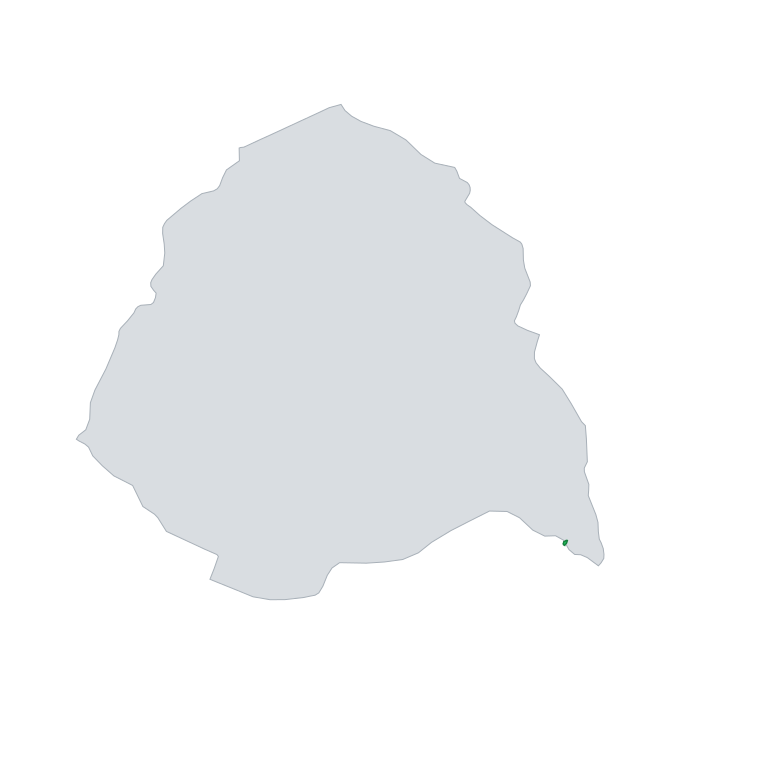 location of Victoria Falls, Matabeleland North, Zimbabwe, rotated 201°
{"feature_id": "62879985B6381696170590", "entity_name": "Victoria Falls", "entity_type": "district", "adm_level": 2, "iso_a3": "ZWE", "parent_name": "Zimbabwe", "parent_adm1": "Matabeleland North", "projection": "albers", "projection_center": [25.828, -17.932], "detail": "fine", "context": "in_parent", "style": "filled", "palette": "green", "viewbox_px": 768, "rotation_deg": 201, "n_neighbors": 0, "source": "geoboundaries", "source_scale": "gbopen_adm2", "svg_char_len": 2561}
<svg xmlns="http://www.w3.org/2000/svg" viewBox="0 0 768 768"><g transform="rotate(201 384 384)"><path d="M524.3,629.6L518.4,625.3L510.1,622.4L499.6,620.9L485.9,621.0L468.9,622.8L450.9,619.7L431.7,611.5L415.7,608.4L396.4,611.4L395.6,611.5L392.3,608.8L387.2,603.0L378.4,601.9L376.0,600.5L374.1,598.4L372.9,595.7L372.4,592.7L374.0,583.5L373.3,582.4L370.9,581.2L366.2,580.0L354.7,575.6L340.2,571.4L316.6,566.6L307.5,565.3L305.4,563.9L302.7,560.4L298.3,549.7L294.1,542.6L284.1,531.6L282.5,528.2L283.1,519.6L283.9,512.6L285.0,506.7L284.6,501.2L284.5,494.3L284.9,489.7L283.5,487.7L279.8,486.2L269.3,485.5L256.5,485.7L256.1,478.7L255.0,467.8L252.7,461.6L249.7,458.3L243.9,454.9L232.0,450.2L215.8,443.1L202.0,432.6L186.1,419.6L181.1,417.3L175.3,405.1L166.3,384.3L166.9,377.3L165.5,373.9L156.8,363.7L154.9,358.3L153.3,353.0L139.4,338.0L134.6,331.4L131.0,323.0L127.4,316.3L124.4,313.6L120.4,309.0L117.6,303.8L116.3,299.9L117.3,294.7L118.7,291.1L132.0,294.8L139.2,295.1L144.9,293.2L152.0,295.7L160.3,302.5L169.5,303.8L179.4,299.6L192.7,300.9L209.5,307.7L223.4,309.1L240.0,303.2L255.0,286.7L269.0,271.1L282.9,253.2L291.4,238.7L303.6,226.9L319.8,218.0L336.3,210.4L361.4,201.3L366.6,193.6L368.4,185.1L368.6,173.3L370.0,165.6L372.7,162.1L376.9,159.5L382.3,156.0L399.0,147.3L413.0,141.8L430.0,138.4L448.5,138.8L466.3,139.1L476.5,139.3L476.4,150.7L476.8,163.6L478.8,164.9L492.1,165.5L513.6,167.0L534.3,168.4L547.2,178.1L551.6,180.2L565.2,183.2L582.3,199.2L603.3,201.4L617.6,206.7L630.1,212.5L637.2,219.2L641.9,220.8L648.3,221.5L651.4,222.2L650.6,226.8L646.0,234.4L646.1,245.6L651.4,261.3L651.7,274.8L649.0,298.4L648.2,321.4L648.5,329.6L649.2,335.1L650.3,338.1L650.0,341.5L646.1,351.0L642.9,361.0L642.7,365.0L641.5,367.9L639.3,370.3L630.1,374.7L628.4,377.5L628.3,382.7L629.3,387.2L632.6,388.9L636.6,391.6L638.1,395.0L638.0,398.4L636.4,404.8L632.4,415.3L635.6,427.7L639.3,435.8L644.6,445.2L646.7,451.0L646.4,455.1L645.4,459.0L636.4,475.4L630.0,485.6L622.2,496.5L612.3,503.2L609.6,506.5L608.5,510.3L608.6,518.7L607.8,527.4L599.0,540.6L603.8,552.4L602.6,553.4L599.7,554.9L587.4,567.6L574.9,580.3L565.8,589.7L555.5,600.3L543.9,612.2L534.1,622.4L524.3,629.6Z" fill="#d9dde1" stroke="#a8b0b8" stroke-width="1"/><path d="M159.2,301.7L159.4,301.6L159.6,301.3L159.6,300.7L159.5,300.4L159.4,300.0L159.5,299.2L159.3,298.9L158.8,298.3L158.5,298.2L157.4,298.1L157.4,298.6L157.2,299.4L157.1,299.6L156.6,300.6L156.6,301.3L156.7,303.4L156.7,303.8L156.7,304.1L156.9,303.7L157.5,303.4L158.0,303.1L158.2,302.8L158.5,302.2L159.2,301.7Z" fill="#22c55e" stroke="#15803d" stroke-width="1.5"/></g></svg>